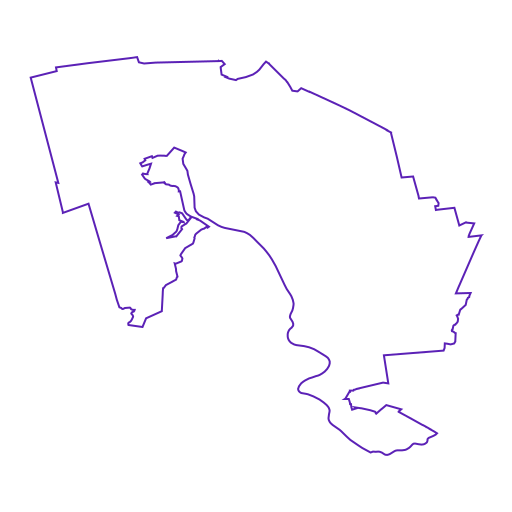 outline of Valgundes pag., Jelgava, Latvia
{"feature_id": "27541924B46237996124836", "entity_name": "Valgundes pag.", "entity_type": "district", "adm_level": 2, "iso_a3": "LVA", "parent_name": "Latvia", "parent_adm1": "Jelgava", "projection": "natural_earth1", "projection_center": [23.642, 56.791], "detail": "fine", "context": "isolated", "style": "outline", "palette": "violet", "viewbox_px": 512, "rotation_deg": 0, "n_neighbors": 0, "source": "geoboundaries", "source_scale": "gbopen_adm2", "svg_char_len": 6036}
<svg xmlns="http://www.w3.org/2000/svg" viewBox="0 0 512 512"><path d="M87.8,63.2L56.0,67.4L56.7,71.1L30.7,77.6L58.3,182.9L55.7,182.4L62.9,212.3L62.9,212.9L88.5,203.7L99.6,241.3L115.2,293.7L116.8,299.7L119.4,307.3L121.3,308.0L122.0,308.8L122.8,309.0L123.6,308.7L124.9,308.0L129.9,307.6L130.5,308.1L130.9,308.9L131.7,309.5L133.0,309.9L134.6,309.9L134.3,310.8L133.8,311.5L132.5,312.0L131.8,312.5L131.4,313.2L131.3,313.6L132.5,315.0L132.9,315.8L133.1,316.3L133.0,317.0L132.0,319.2L131.1,320.8L130.0,321.9L128.9,322.5L128.4,323.0L128.2,323.8L128.5,325.0L142.5,327.0L146.1,318.3L161.8,311.2L162.7,294.6L162.8,291.7L163.1,288.2L163.5,288.1L163.8,287.9L165.9,285.1L176.1,279.6L176.9,277.2L177.5,276.7L176.1,271.1L176.0,268.9L174.7,263.4L175.3,263.6L176.0,263.6L181.2,261.5L181.9,260.9L182.4,258.5L181.9,257.5L180.4,255.5L180.6,254.9L181.0,254.1L185.2,248.1L192.9,243.6L193.4,242.5L194.6,238.4L194.5,237.8L194.3,237.5L194.8,236.4L195.2,234.9L195.5,234.4L196.4,233.5L201.3,229.6L203.3,228.8L204.0,228.7L206.5,226.9L207.5,227.7L208.9,226.7L200.4,220.8L199.3,220.2L197.1,219.4L197.4,218.9L191.3,216.7L189.8,215.9L187.2,214.2L186.3,213.4L184.8,211.3L184.3,210.2L180.1,191.3L178.8,191.4L178.9,190.7L178.5,188.9L178.3,188.4L177.8,187.6L176.6,186.8L175.4,186.2L173.3,185.9L172.4,186.0L170.4,185.6L168.8,184.6L166.0,184.3L164.2,182.9L164.6,182.5L164.2,182.1L163.7,182.4L154.4,183.2L154.3,183.4L150.8,184.6L149.2,182.7L148.6,182.2L149.9,181.8L149.5,181.4L145.4,179.1L144.6,178.3L142.4,175.1L142.3,174.8L142.1,174.6L143.0,173.5L143.8,173.8L146.0,174.1L147.3,174.1L147.2,173.9L149.5,168.4L151.0,163.7L147.5,164.7L142.2,166.4L141.8,165.9L140.3,163.3L142.6,162.4L145.3,160.3L144.6,158.8L151.9,156.2L152.5,157.9L157.6,155.7L160.1,155.6L164.5,155.7L165.2,155.9L166.8,155.9L174.2,147.6L182.4,151.0L185.7,152.5L184.3,154.5L184.0,155.5L182.6,158.7L183.3,163.9L186.4,169.1L187.4,170.9L187.9,174.6L190.5,183.7L193.6,193.7L194.2,196.4L194.6,207.7L195.9,211.3L198.9,214.6L204.1,217.4L207.7,218.7L218.0,225.3L221.5,226.9L224.7,227.9L244.0,231.8L244.8,232.1L247.1,233.2L249.9,234.9L253.4,238.0L256.9,241.6L263.8,248.5L266.3,251.5L269.3,255.4L271.9,259.4L275.7,266.1L284.5,284.7L286.7,289.0L290.3,294.4L291.4,296.3L292.8,299.8L293.4,302.5L293.6,303.7L293.5,305.1L293.0,308.2L292.3,310.6L290.6,314.0L290.1,315.6L289.9,316.9L290.1,317.9L292.5,321.7L293.2,323.7L293.2,324.7L293.1,325.7L291.6,327.7L290.3,328.7L289.1,330.1L288.5,331.3L288.0,332.5L287.7,334.1L287.7,336.4L287.9,337.8L288.3,339.0L288.7,339.9L289.2,340.7L289.9,341.6L291.1,342.8L294.2,344.5L296.4,345.1L304.0,346.1L305.8,346.5L309.2,347.3L314.1,349.2L317.9,351.4L325.7,356.2L327.8,357.8L329.0,359.6L329.7,361.4L329.7,363.4L329.2,365.3L328.9,366.1L327.2,368.9L324.7,371.6L322.1,373.5L319.7,374.9L318.0,375.6L316.0,376.1L312.1,377.5L309.1,378.4L305.2,380.4L303.2,381.7L301.2,383.3L299.0,386.3L298.1,388.9L298.3,390.0L298.9,391.2L299.8,392.1L301.2,393.0L306.3,393.9L308.0,394.3L313.4,396.4L319.5,399.5L323.7,402.5L326.6,405.0L328.2,406.9L328.8,407.9L329.4,409.5L329.6,410.4L329.5,411.8L329.0,414.2L328.5,418.2L328.7,419.7L329.2,420.9L329.9,422.2L330.8,423.3L332.7,425.0L339.6,429.8L341.1,431.1L346.7,436.6L350.3,439.9L358.2,445.3L362.3,448.0L370.6,452.5L373.0,451.6L375.7,451.8L378.2,451.6L379.3,451.7L380.1,451.9L381.9,452.6L384.0,454.0L384.8,454.5L385.7,454.8L387.3,454.9L388.7,454.5L389.9,454.0L394.6,451.1L395.8,450.6L397.5,450.3L402.3,450.3L405.1,449.9L406.5,449.4L409.0,447.9L410.3,446.8L412.4,444.5L413.4,443.8L414.0,443.6L415.4,443.6L418.5,444.2L421.6,444.6L423.7,444.3L424.9,443.8L426.5,442.7L427.0,442.1L427.5,440.6L427.5,439.6L427.7,438.9L428.7,437.9L432.9,436.1L433.9,435.6L435.7,434.6L437.0,433.3L434.0,431.4L430.2,429.3L430.3,429.2L428.7,428.3L428.6,428.2L426.6,427.1L426.3,427.1L426.1,426.8L423.0,425.1L422.7,425.1L412.3,419.3L398.6,411.8L398.6,411.6L401.2,409.3L386.3,405.1L381.8,408.9L381.7,408.9L381.1,409.4L376.2,413.7L375.8,413.3L375.4,412.0L375.0,411.7L370.2,410.2L361.5,408.3L360.5,408.2L355.0,407.4L356.2,408.4L352.1,409.7L351.3,407.0L351.0,404.1L350.1,404.1L349.9,402.6L348.8,399.0L344.8,399.0L345.4,398.6L349.4,391.8L350.0,391.8L349.9,390.6L353.4,390.6L353.8,389.8L355.1,389.6L356.2,389.1L358.0,388.7L357.9,388.6L383.1,382.6L388.3,383.4L383.9,355.3L443.6,350.6L444.6,348.0L444.8,343.4L447.1,343.7L450.6,344.4L454.1,343.5L455.3,341.5L455.3,341.1L455.6,334.4L455.7,333.2L455.2,333.1L453.5,331.7L452.0,331.2L451.8,330.3L452.3,329.4L452.6,329.3L453.4,325.7L454.3,324.9L455.3,324.7L455.7,323.9L456.3,323.6L457.7,321.7L458.1,318.8L457.3,316.5L456.7,315.4L458.0,314.6L458.7,314.7L460.2,309.8L460.6,309.3L460.9,309.3L465.7,304.9L466.8,299.6L467.5,299.0L467.9,297.8L469.2,297.1L469.4,295.7L470.6,293.0L455.9,293.4L459.1,285.8L459.4,285.2L473.7,252.3L478.7,241.1L481.3,235.6L481.2,235.5L481.3,235.4L468.6,236.9L468.7,236.0L469.6,233.6L474.2,223.4L466.3,222.6L466.0,222.3L459.3,225.5L454.4,207.8L437.7,209.7L435.9,210.0L435.2,206.2L438.3,205.8L438.6,203.1L436.9,200.5L437.0,200.5L435.4,197.7L433.1,197.3L432.5,197.3L419.0,198.5L418.6,196.6L418.6,196.2L413.1,176.5L401.6,177.5L396.9,157.1L391.0,133.0L391.0,132.8L391.1,132.5L386.8,130.3L386.2,129.8L386.4,129.7L349.5,110.3L338.0,104.8L309.5,91.7L309.4,91.9L301.2,88.2L297.7,91.3L297.4,91.4L292.3,90.7L290.2,86.8L287.3,82.1L287.1,82.1L285.6,80.0L283.8,78.5L269.2,64.0L269.1,63.5L268.5,63.3L266.0,61.6L263.6,64.2L259.3,69.7L256.9,71.9L253.0,74.5L245.8,77.1L237.7,78.9L236.0,80.1L229.2,78.6L226.3,77.4L226.9,77.2L227.1,76.9L221.6,74.6L220.7,67.9L220.8,67.8L220.7,67.0L224.7,64.1L221.8,60.9L218.9,61.1L218.5,60.7L218.0,61.1L155.6,62.6L144.1,63.5L138.9,62.3L137.1,57.1L129.4,58.2L87.8,63.2ZM183.7,222.2L183.6,221.9L179.3,220.2L178.8,216.4L177.2,215.9L178.6,214.5L174.9,212.7L175.9,211.6L177.8,212.5L179.6,212.5L179.7,212.4L182.1,213.3L186.1,219.1L186.9,220.0L188.4,220.4L190.6,217.5L190.9,216.9L191.4,217.2L186.3,223.6L185.5,224.0L181.7,226.4L181.1,227.7L180.9,227.6L181.7,228.5L182.1,229.1L176.3,236.4L175.9,236.3L166.2,238.2L172.5,235.0L176.4,231.5L177.3,229.3L178.3,225.2L180.9,221.7L183.7,222.2Z" fill="none" stroke="#5b21b6" stroke-width="2"/></svg>